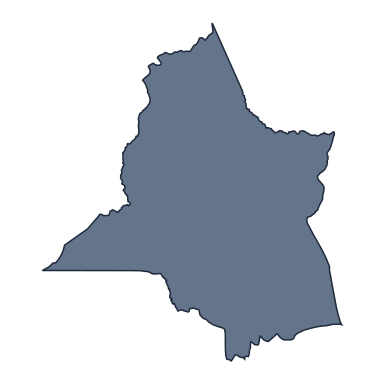 Thma Puok, Bântéay Méanchey, Cambodia
{"feature_id": "14789045B61404286718051", "entity_name": "Thma Puok", "entity_type": "district", "adm_level": 2, "iso_a3": "KHM", "parent_name": "Cambodia", "parent_adm1": "Bântéay Méanchey", "projection": "robinson", "projection_center": [103.024, 14.034], "detail": "fine", "context": "isolated", "style": "filled", "palette": "slate", "viewbox_px": 384, "rotation_deg": 0, "n_neighbors": 0, "source": "geoboundaries", "source_scale": "gbopen_adm2", "svg_char_len": 6031}
<svg xmlns="http://www.w3.org/2000/svg" viewBox="0 0 384 384"><path d="M329.4,266.2L325.7,257.3L321.4,248.8L314.1,235.9L307.3,223.1L306.8,220.5L307.1,218.2L308.0,216.8L308.8,216.9L311.3,215.9L312.5,214.7L315.0,213.0L315.6,211.7L317.8,209.9L318.3,208.0L319.4,205.3L322.6,199.2L322.7,198.0L322.7,195.6L323.9,190.6L324.0,187.7L323.5,186.1L322.9,184.9L318.2,179.6L317.4,176.9L317.6,176.0L320.1,173.1L322.0,172.0L324.6,169.6L325.4,168.6L325.7,167.3L326.7,166.0L327.3,163.2L327.2,160.6L327.9,159.3L328.0,156.7L327.6,155.4L326.9,153.9L327.1,152.8L329.6,149.5L330.7,146.8L332.9,139.3L333.1,137.7L333.6,136.3L334.1,135.5L334.3,133.9L334.2,132.5L333.5,131.8L332.9,132.0L332.2,132.9L331.3,133.4L330.4,133.6L329.8,134.5L328.7,134.5L326.7,134.1L325.9,133.6L324.9,133.6L324.2,132.6L323.5,133.5L321.0,134.2L319.5,135.2L318.1,135.8L317.0,135.9L316.4,135.8L315.8,135.2L314.8,135.1L313.3,135.4L312.0,135.1L310.5,135.1L309.7,134.6L308.6,133.4L307.4,133.3L306.4,132.7L305.7,131.8L302.6,130.7L301.7,131.1L300.0,131.2L298.7,133.7L298.0,134.1L297.2,133.8L294.7,131.2L293.5,131.0L292.0,131.3L290.6,132.0L289.0,131.7L288.7,133.2L287.5,133.7L286.7,133.6L285.7,132.8L283.1,132.1L282.5,132.1L282.2,131.8L282.3,131.2L281.0,130.7L279.5,130.8L279.5,131.3L278.9,131.2L275.6,133.0L275.1,132.9L274.6,132.0L273.5,131.2L272.8,131.0L271.2,128.7L270.7,128.8L269.1,128.0L267.5,127.7L265.8,127.9L265.6,126.1L265.1,125.3L265.1,124.8L264.3,124.1L262.3,123.6L262.4,123.1L262.0,122.7L261.9,122.2L261.3,121.7L260.4,121.5L258.9,120.4L258.8,119.8L257.7,117.1L257.1,116.7L256.4,116.6L255.2,115.9L254.5,115.0L253.4,115.1L252.9,114.9L252.6,113.5L251.8,112.8L249.3,111.2L249.2,110.5L249.4,109.9L249.3,109.3L247.9,109.5L247.3,108.8L246.6,108.6L246.5,107.4L246.0,106.1L246.1,104.2L245.7,103.0L245.2,102.4L245.3,102.0L244.9,101.3L245.6,99.9L244.4,97.4L244.6,96.0L243.4,95.2L242.8,94.2L243.0,93.2L242.2,90.4L212.2,23.0L212.1,25.5L212.5,27.1L212.7,30.4L213.1,31.8L212.3,33.0L209.2,35.1L205.5,40.0L204.9,40.1L203.5,38.5L202.1,37.9L200.7,37.7L199.5,38.2L198.0,41.9L197.1,43.3L195.9,44.7L194.5,45.2L193.4,46.2L191.1,50.0L190.0,51.2L188.6,51.7L188.0,51.3L187.4,51.2L185.3,51.3L184.2,51.9L183.3,52.0L181.8,50.7L181.0,50.6L179.5,51.0L176.4,52.4L175.3,51.9L174.4,52.2L172.2,53.7L171.1,54.0L168.9,54.0L167.3,53.4L166.4,52.6L165.6,52.5L164.8,52.7L163.1,54.2L160.9,54.8L159.1,55.7L157.8,56.8L157.5,57.4L157.6,58.2L159.9,61.0L161.0,63.1L161.1,64.1L160.6,64.7L158.9,65.3L157.2,65.3L155.4,64.7L153.3,63.3L152.7,63.4L148.7,65.8L148.5,66.2L148.4,66.9L149.9,69.6L150.1,73.0L148.8,74.6L144.2,78.5L142.6,80.2L144.6,82.7L145.5,84.4L146.2,85.6L146.6,87.6L147.7,89.4L147.5,90.8L147.6,92.4L148.9,94.8L150.2,99.4L150.2,100.5L149.8,101.1L149.8,102.4L149.1,103.9L148.4,104.7L148.0,105.7L147.3,106.3L147.0,107.3L145.4,108.2L144.4,109.9L143.4,110.0L142.8,110.6L142.6,111.3L142.7,111.7L140.5,113.0L140.3,113.6L139.8,113.8L139.3,115.1L138.3,119.0L138.8,120.9L138.7,121.4L138.8,123.4L138.4,124.2L138.6,124.7L138.3,126.6L138.8,127.5L138.8,128.1L138.6,129.0L138.8,129.8L138.6,131.4L139.0,132.0L138.8,133.2L138.1,134.3L138.2,134.9L138.0,135.5L137.7,136.0L137.2,136.2L136.3,136.1L135.9,136.5L136.1,137.4L133.9,139.9L132.1,141.3L131.3,142.5L130.8,142.7L129.7,143.9L128.5,143.9L127.6,143.6L127.2,144.4L127.1,145.8L126.8,146.7L125.1,147.7L125.5,148.7L125.4,149.2L125.0,149.6L124.7,150.7L123.6,152.1L122.8,152.7L122.7,153.1L123.1,155.5L122.9,158.8L123.5,161.8L123.0,162.0L123.0,162.6L122.8,163.2L123.7,163.8L123.9,165.6L123.7,166.1L122.7,166.6L122.2,168.8L121.4,170.2L121.8,172.2L121.8,173.2L120.6,175.3L120.7,177.7L120.9,178.8L122.4,180.9L122.6,181.5L122.4,182.1L121.8,183.5L122.0,184.0L123.9,185.0L124.4,185.4L124.6,185.9L125.0,187.7L124.9,188.6L123.8,189.3L123.3,190.3L124.9,192.5L125.4,193.9L125.7,194.2L126.7,194.7L127.0,195.1L126.9,195.7L127.5,196.5L127.8,197.6L127.7,199.4L128.1,200.8L127.9,201.6L129.8,202.6L130.4,203.6L130.0,204.6L129.4,204.7L128.6,205.7L127.4,204.7L126.7,204.8L125.7,205.5L124.0,205.5L123.1,206.0L122.0,207.4L121.5,207.6L121.6,208.7L120.7,209.6L119.7,210.1L118.1,212.4L117.5,211.9L115.7,211.4L113.1,210.0L112.3,209.9L111.7,210.6L110.2,211.0L109.3,214.4L108.5,215.2L106.0,215.7L104.7,215.5L103.6,215.6L101.0,214.3L100.3,214.2L99.4,214.8L98.1,216.7L87.4,229.0L64.6,245.1L63.0,251.2L61.4,254.6L59.5,257.9L56.0,262.6L52.8,263.2L49.2,266.7L42.3,270.5L130.6,270.6L139.9,270.7L148.2,271.7L152.6,273.8L155.1,274.0L159.7,273.6L160.9,273.7L162.4,276.4L163.5,277.8L164.1,277.7L165.8,280.1L166.5,280.1L166.7,280.6L166.0,281.1L165.9,281.6L166.1,282.3L167.3,284.4L167.5,285.6L168.3,287.0L168.5,288.8L168.8,289.2L169.2,289.0L169.6,289.5L169.5,290.5L170.3,292.4L170.4,293.1L170.3,294.0L170.0,294.6L170.0,296.2L169.8,296.8L170.0,297.9L171.2,298.0L171.3,298.5L171.7,298.7L172.0,299.2L171.7,299.7L171.1,299.5L171.0,300.5L171.9,301.6L171.8,302.0L172.7,303.1L172.5,303.5L173.2,304.1L173.9,303.6L174.4,303.7L174.8,304.4L175.2,306.1L175.6,306.5L175.7,307.1L177.0,309.2L177.9,311.0L178.9,310.8L179.6,310.2L181.2,309.9L188.0,312.0L188.8,311.6L189.3,310.8L189.6,308.7L190.7,308.4L192.1,308.5L193.4,307.9L195.8,309.1L198.7,309.5L199.1,310.4L199.2,311.5L200.0,314.8L201.9,317.1L203.7,318.6L205.5,319.2L206.8,320.0L208.9,322.1L213.2,324.8L218.2,326.6L223.3,328.2L224.5,329.4L225.1,331.8L225.3,334.2L225.4,349.8L225.8,355.4L226.8,359.1L229.8,359.9L231.2,361.0L232.6,359.1L235.1,354.9L237.4,355.4L239.2,356.8L241.3,357.4L243.0,357.5L244.7,359.1L244.7,357.2L245.7,356.4L248.1,356.4L248.4,356.5L249.3,353.2L249.5,350.6L250.4,347.6L250.5,342.9L250.9,341.9L252.1,342.5L254.6,344.6L256.3,344.9L258.2,344.8L258.7,343.8L260.1,336.1L260.6,336.1L261.2,337.2L262.5,338.3L263.3,339.5L264.6,340.3L266.3,341.0L268.4,341.5L275.3,335.4L276.7,333.9L277.9,334.7L280.1,337.3L281.9,338.9L284.3,339.9L290.8,339.8L292.7,339.3L293.6,338.4L294.5,336.7L294.7,335.7L297.6,333.2L299.0,332.7L302.3,330.9L304.3,330.1L310.1,328.4L317.4,326.7L323.8,325.8L326.2,325.8L332.4,324.4L335.5,324.1L339.8,324.2L341.7,324.7L341.1,323.9L340.2,321.7L337.8,313.4L336.3,307.1L330.0,273.2L329.5,270.2L329.4,266.2Z" fill="#64748b" stroke="#1e293b" stroke-width="1.5"/></svg>